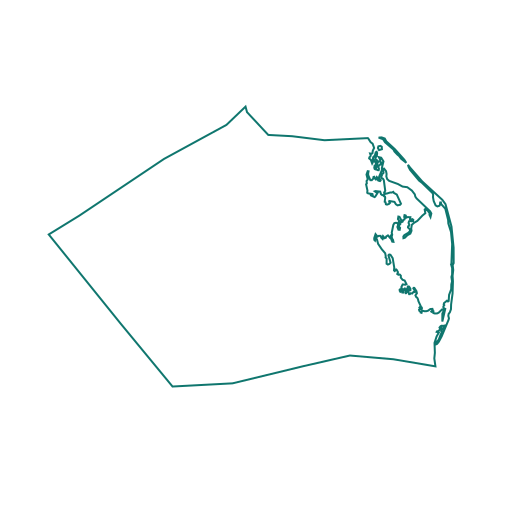 Bir Al-Abd, Shamal Sina', Egypt (Robinson projection), rotated 77°
{"feature_id": "37247803B3069705007202", "entity_name": "Bir Al-Abd", "entity_type": "district", "adm_level": 2, "iso_a3": "EGY", "parent_name": "Egypt", "parent_adm1": "Shamal Sina'", "projection": "robinson", "projection_center": [33.135, 30.752], "detail": "fine", "context": "isolated", "style": "outline", "palette": "teal", "viewbox_px": 512, "rotation_deg": 77, "n_neighbors": 0, "source": "geoboundaries", "source_scale": "gbopen_adm2", "svg_char_len": 6025}
<svg xmlns="http://www.w3.org/2000/svg" viewBox="0 0 512 512"><g transform="rotate(77 256 256)"><path d="M364.4,366.7L374.8,307.5L374.0,234.7L374.1,186.9L387.5,145.4L403.9,106.0L395.9,105.3L390.6,103.5L380.8,101.6L375.0,98.1L371.7,95.1L370.6,97.0L370.1,96.5L370.2,95.3L368.1,91.6L367.6,91.6L367.5,93.2L367.0,93.3L365.9,91.9L365.7,90.5L366.2,89.7L366.2,88.2L369.5,90.5L370.0,92.1L371.1,92.4L371.7,91.4L373.7,93.5L378.7,96.8L380.8,100.1L381.8,100.8L382.6,100.5L382.4,99.4L380.7,97.2L376.1,93.2L361.6,82.8L360.1,82.0L357.6,82.1L355.7,81.3L354.5,79.8L351.7,78.0L347.1,76.8L336.7,72.9L325.0,69.8L319.5,68.9L314.1,67.0L309.1,66.4L307.4,65.0L292.4,61.6L271.3,58.9L248.1,59.7L243.2,61.8L220.7,77.3L204.5,86.0L201.3,87.4L203.6,87.3L206.7,86.5L219.3,80.1L221.9,77.9L234.5,69.8L236.1,69.6L238.4,70.3L242.4,70.5L247.1,69.6L248.5,68.1L248.3,66.0L247.6,65.3L245.3,64.5L245.4,63.8L247.1,63.9L252.5,60.9L264.1,60.7L267.6,61.3L276.5,60.6L288.5,62.2L307.0,67.2L307.4,66.6L308.1,66.9L308.2,67.8L311.9,67.6L318.2,69.1L320.4,70.3L324.8,70.7L327.7,72.1L332.3,73.3L337.3,76.6L343.2,78.4L343.5,79.2L342.5,80.0L344.2,83.4L345.4,84.0L346.2,83.6L347.2,84.7L348.0,85.0L349.4,84.5L350.1,83.5L361.8,89.2L354.1,87.4L351.6,85.5L350.2,85.8L349.9,86.7L352.3,90.7L352.7,92.4L352.2,94.8L351.5,96.0L349.9,95.6L349.7,96.5L350.0,97.3L349.6,97.7L348.3,95.9L347.2,96.0L346.9,98.1L348.0,100.7L348.1,102.3L347.8,104.0L346.6,106.5L348.6,107.5L348.1,108.3L347.3,108.2L346.1,109.2L344.9,109.2L344.5,108.6L344.9,106.5L344.1,106.0L343.4,106.2L343.5,107.6L342.9,108.2L341.8,106.8L336.6,107.9L334.6,107.9L332.9,108.3L331.9,109.2L330.2,109.5L328.5,107.6L326.3,107.6L322.7,108.9L322.5,109.6L323.0,110.0L324.8,109.2L326.8,109.6L326.4,110.6L327.7,112.2L327.1,113.5L327.8,114.7L327.6,115.4L323.5,115.6L322.9,115.4L323.1,114.5L324.0,114.2L324.1,113.3L322.7,112.9L320.3,113.7L319.8,114.7L320.5,115.3L321.3,115.2L322.1,116.7L324.9,116.8L326.0,118.1L325.9,118.6L325.1,118.7L324.0,118.1L323.2,118.1L322.6,118.6L321.9,118.0L321.1,118.3L321.6,119.7L324.7,120.9L324.5,121.6L323.1,121.4L323.4,123.4L322.2,123.8L321.1,123.6L320.8,122.9L321.7,121.6L321.4,121.0L319.0,121.4L316.7,119.5L317.6,116.8L317.3,115.7L314.8,116.3L313.3,116.7L312.2,118.5L309.6,119.8L307.9,119.3L306.6,119.9L306.1,120.8L306.3,121.5L305.3,122.4L303.7,121.3L301.2,122.0L300.6,122.5L301.9,124.2L301.1,124.8L298.4,123.9L288.9,123.3L285.1,124.7L284.6,125.5L284.6,126.2L285.1,126.8L292.8,126.4L293.7,127.7L294.0,129.4L292.9,130.5L287.9,129.3L286.6,130.1L285.3,129.6L282.4,129.5L277.8,131.9L271.6,134.3L267.5,134.4L265.0,135.0L265.3,135.6L267.7,136.6L266.9,137.1L265.2,136.8L261.6,134.6L264.4,133.2L264.0,131.8L264.4,130.1L266.4,129.8L267.5,129.1L266.4,128.8L265.1,127.8L266.4,127.1L267.6,127.2L267.4,125.4L266.3,124.8L265.6,122.8L268.0,121.6L266.9,120.4L269.1,120.6L272.7,120.0L273.1,118.9L271.1,118.9L269.5,119.5L267.6,119.4L265.9,118.5L263.8,118.5L256.6,115.2L255.1,113.8L255.1,112.1L256.0,110.5L257.8,110.6L259.5,111.7L262.4,111.3L262.8,110.1L261.0,109.3L259.8,110.0L258.2,109.6L257.5,108.4L256.4,108.7L255.5,109.6L254.7,109.1L255.0,108.5L256.4,107.9L256.0,107.6L252.0,109.4L249.6,108.4L250.1,107.4L254.0,106.3L255.7,106.3L255.5,105.4L254.1,104.5L253.8,103.1L252.9,102.7L251.2,102.8L249.6,102.1L250.1,101.1L250.8,100.9L252.0,101.5L252.5,101.2L252.2,99.7L252.9,96.9L254.8,97.7L255.4,97.3L255.2,95.4L256.1,94.6L257.3,95.1L257.1,96.9L256.5,97.9L256.6,99.1L258.1,99.9L260.0,99.6L261.2,100.4L261.3,101.1L262.4,101.5L264.7,100.0L266.4,100.4L267.7,102.5L269.0,106.7L270.1,108.0L271.8,108.3L271.7,106.9L269.8,103.8L268.9,100.6L266.4,98.8L264.2,98.6L260.7,97.2L259.2,94.5L258.1,90.9L254.0,84.7L252.4,81.4L248.7,81.2L248.3,80.5L250.8,78.3L254.4,76.9L254.9,77.7L257.2,77.2L254.0,75.6L251.6,76.3L236.0,86.6L234.0,87.4L231.7,87.4L227.3,89.4L223.0,93.1L221.3,97.6L217.8,101.5L212.7,109.4L210.5,110.9L207.8,111.1L205.4,110.3L202.6,110.2L199.6,111.6L199.7,112.5L200.4,112.9L203.6,113.0L204.2,113.6L204.2,114.7L204.6,115.1L205.6,115.1L207.3,116.3L208.6,115.8L209.3,114.9L210.9,114.4L221.5,115.4L223.0,116.9L225.1,117.1L224.2,115.6L224.6,114.7L224.3,111.0L224.7,109.4L224.4,107.8L225.5,107.5L227.8,105.0L237.7,103.0L238.5,104.0L238.5,106.7L237.0,108.1L234.4,108.9L232.4,113.7L233.1,114.1L234.4,113.5L235.2,114.8L235.4,116.8L234.8,117.8L232.8,117.7L232.1,118.4L228.4,117.0L227.2,117.0L226.7,117.7L225.3,118.4L225.1,119.3L223.9,120.3L221.2,120.5L219.6,125.0L219.7,125.7L220.9,124.7L221.7,123.2L224.9,126.4L225.3,127.2L222.8,130.4L222.2,130.5L223.0,128.6L221.8,128.6L220.2,132.7L219.4,133.4L217.3,132.7L210.9,132.6L210.2,131.7L207.8,131.4L206.5,129.9L201.5,130.0L198.5,128.1L198.8,127.3L201.4,128.4L202.9,128.4L207.9,127.5L208.2,126.2L207.0,124.4L205.4,123.7L205.4,123.0L206.9,122.9L208.2,122.1L206.2,120.6L206.8,120.2L208.5,120.5L210.0,119.9L210.9,118.3L210.3,117.5L209.5,117.6L208.1,118.7L206.3,118.1L200.6,114.0L198.4,113.5L192.5,110.5L188.4,111.9L187.3,114.1L190.3,113.3L191.5,113.9L192.7,113.6L193.1,112.5L194.9,113.4L194.5,114.0L195.5,115.5L195.1,116.5L195.7,116.8L198.8,116.6L200.0,117.2L199.6,118.4L198.3,119.4L198.5,120.1L197.9,120.8L196.6,120.9L193.8,119.8L196.3,119.6L197.1,119.1L195.5,117.5L194.0,117.9L193.4,118.5L191.9,118.3L190.8,119.0L189.5,120.8L191.1,121.2L192.0,122.0L188.1,122.5L186.4,123.8L185.3,123.3L184.8,122.2L183.8,121.6L181.8,121.8L182.4,120.3L182.1,119.5L179.5,118.4L177.3,116.6L172.8,117.1L170.9,118.7L166.7,120.2L166.3,120.5L158.6,163.2L147.4,193.9L140.8,216.8L113.8,232.4L108.1,232.6L121.6,255.3L140.7,323.7L176.9,419.0L188.4,453.1L291.0,403.3L364.4,366.7ZM168.2,109.9L170.8,105.9L174.2,104.7L183.2,98.1L185.3,97.6L188.9,95.5L190.3,94.4L189.6,93.8L191.5,92.8L191.6,93.7L193.9,92.7L199.0,88.6L195.6,89.8L183.1,96.7L173.5,103.3L170.5,104.1L168.7,106.9L168.2,109.9ZM181.9,116.0L184.8,117.6L186.1,119.6L187.6,120.2L190.3,119.1L190.6,118.3L193.0,116.9L191.8,115.8L191.1,115.8L188.2,117.8L187.1,117.7L186.5,117.6L186.5,116.7L185.2,115.6L183.0,114.8L181.6,115.0L181.9,116.0ZM176.7,112.1L178.2,112.9L180.5,112.3L180.3,109.3L177.8,108.9L176.7,110.0L176.7,112.1Z" fill="none" stroke="#0f766e" stroke-width="2"/></g></svg>